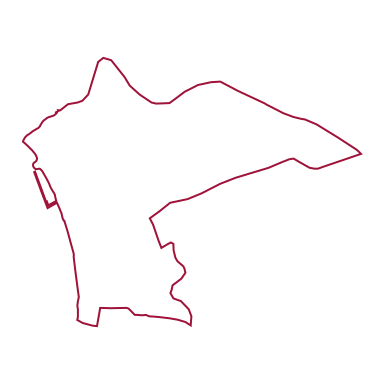 Town, Soufrière, Saint Lucia (Equal Earth projection)
{"feature_id": "8701671B57419145053481", "entity_name": "Town", "entity_type": "district", "adm_level": 2, "iso_a3": "LCA", "parent_name": "Saint Lucia", "parent_adm1": "Soufrière", "projection": "equal_earth", "projection_center": [-61.059, 13.855], "detail": "fine", "context": "isolated", "style": "outline", "palette": "rose", "viewbox_px": 384, "rotation_deg": 0, "n_neighbors": 0, "source": "geoboundaries", "source_scale": "gbopen_adm2", "svg_char_len": 3037}
<svg xmlns="http://www.w3.org/2000/svg" viewBox="0 0 384 384"><path d="M55.2,112.7L56.0,112.7L57.0,112.4L56.7,112.9L55.9,113.9L54.9,114.7L54.3,115.2L53.7,115.5L53.1,115.7L52.7,116.0L51.9,116.1L50.7,116.6L49.0,117.0L47.7,117.6L46.8,118.1L46.1,118.7L45.3,119.4L44.3,120.0L43.4,120.8L42.8,121.5L42.1,122.4L41.2,123.9L40.7,124.7L40.2,125.5L40.0,126.2L39.6,126.7L39.0,127.3L38.7,127.7L38.2,128.1L37.4,128.5L36.6,128.9L35.5,129.6L34.7,130.1L33.8,130.6L33.0,131.1L32.2,131.6L31.3,132.4L30.3,133.2L29.4,133.8L28.8,134.3L27.9,134.8L26.9,135.4L26.5,136.0L25.2,137.2L24.8,137.8L24.2,138.9L23.7,139.7L23.3,140.7L23.0,141.4L23.2,142.0L24.5,142.9L25.2,143.6L27.3,145.5L28.9,147.1L30.2,148.5L31.1,149.2L31.8,150.0L32.7,151.0L33.3,151.8L34.3,152.9L35.1,154.1L35.7,154.8L36.1,155.7L36.4,156.5L36.7,157.2L37.0,158.1L36.8,159.8L36.2,161.0L35.7,161.5L35.4,161.8L34.4,162.4L33.8,163.0L33.4,163.4L33.1,164.3L33.1,166.0L33.6,167.0L34.0,167.7L34.8,168.5L35.7,169.1L36.9,169.1L38.5,168.8L39.2,168.7L39.9,168.8L41.4,170.1L42.1,170.9L45.1,176.1L46.5,178.5L46.8,179.3L47.5,180.4L48.9,183.2L49.5,184.5L49.7,185.2L50.2,186.5L51.3,188.7L52.1,190.0L53.2,191.8L54.4,193.7L54.7,194.3L55.1,196.1L55.5,198.1L55.9,199.7L56.2,200.4L56.1,201.0L55.4,201.4L48.3,205.3L46.9,201.5L46.2,202.0L45.0,198.8L42.9,193.0L40.5,186.5L38.2,180.3L37.7,179.0L36.7,176.3L35.9,174.0L35.0,171.6L34.2,172.1L36.8,179.2L41.3,191.4L45.6,202.8L47.6,208.1L56.2,203.2L56.9,202.7L57.8,204.6L58.2,205.5L58.9,207.1L59.2,207.7L59.8,209.2L60.6,211.2L61.5,213.3L61.8,214.8L62.4,217.3L62.7,218.4L63.2,219.6L63.7,220.6L64.3,220.7L67.3,230.4L70.0,240.2L70.2,241.1L72.1,247.9L73.3,252.2L73.6,253.4L73.8,254.3L73.7,257.1L75.2,269.8L77.5,287.4L78.8,297.0L78.6,298.3L78.4,298.9L78.1,300.4L77.8,301.8L77.7,303.0L77.4,304.9L77.4,306.2L77.9,309.1L77.9,312.9L77.9,317.0L77.5,318.7L77.3,320.0L82.7,323.0L92.7,325.7L97.0,326.1L100.2,307.9L110.5,308.2L126.5,307.9L127.0,308.0L128.5,308.5L134.8,314.9L137.3,314.9L142.3,315.3L145.8,314.9L149.1,316.3L152.3,316.5L158.6,317.0L169.6,318.3L177.6,319.7L185.4,322.0L190.7,325.4L190.8,323.6L190.9,322.7L191.4,316.3L188.7,309.2L180.9,301.1L173.4,298.4L170.4,293.0L171.4,290.7L172.6,285.3L176.6,282.3L181.4,278.6L185.4,272.8L184.6,269.1L183.4,266.4L177.6,261.4L175.4,257.7L173.6,250.3L173.4,243.9L170.9,242.5L167.6,244.2L161.4,247.9L158.6,240.8L153.1,224.7L149.8,218.3L159.6,211.2L170.1,202.8L187.6,199.1L201.7,193.3L220.0,183.9L235.5,177.8L268.6,167.8L272.6,166.1L282.3,162.0L286.7,160.3L289.1,159.3L293.6,158.6L297.6,161.0L309.4,167.7L314.4,168.7L317.9,168.7L323.4,166.7L336.1,162.4L361.0,153.9L357.9,150.8L356.3,149.5L337.1,137.0L316.4,124.3L304.8,119.4L301.4,118.9L293.1,116.9L291.9,116.4L283.3,113.2L274.4,108.6L267.1,104.9L265.5,104.0L265.1,103.6L237.5,90.7L220.3,81.6L211.0,82.2L198.0,85.0L184.6,91.8L177.9,96.9L169.5,103.1L156.1,103.6L151.5,102.5L139.7,94.6L129.7,85.6L124.6,77.1L119.2,70.3L111.2,60.2L103.3,57.9L98.2,61.9L93.2,78.2L88.2,94.6L82.3,100.8L77.7,102.5L68.0,104.2L60.1,110.4L58.1,110.2L58.4,111.0L55.2,112.7Z" fill="none" stroke="#9f1239" stroke-width="2"/></svg>